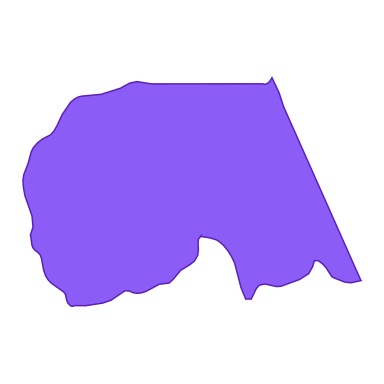 SVG path tracing the border of Debub
{"feature_id": "ERI-1564", "entity_name": "Debub", "entity_type": "Region", "adm_level": 1, "iso_a3": "ERI", "parent_name": "Eritrea", "parent_adm1": "", "projection": "equal_earth", "projection_center": [38.829, 14.796], "detail": "fine", "context": "isolated", "style": "filled", "palette": "violet", "viewbox_px": 384, "rotation_deg": 0, "n_neighbors": 0, "source": "natural_earth", "source_scale": "10m", "svg_char_len": 1302}
<svg xmlns="http://www.w3.org/2000/svg" viewBox="0 0 384 384"><path d="M72.7,306.3L70.8,306.0L68.0,303.3L66.8,300.6L65.3,294.1L63.5,291.8L51.5,283.3L48.0,279.7L45.4,275.3L43.6,270.0L41.5,258.5L40.1,254.7L37.7,252.3L35.1,250.4L33.0,247.8L31.9,244.9L30.8,236.6L30.4,235.2L33.0,226.9L32.0,215.9L24.9,195.6L23.4,187.0L23.0,180.0L23.8,174.6L28.1,163.5L31.3,151.6L33.4,147.6L37.5,142.9L42.4,139.0L50.8,134.7L53.8,131.2L57.1,125.6L62.1,114.7L70.6,102.2L74.7,98.9L78.0,97.1L81.3,96.2L101.2,94.3L120.5,88.2L129.7,83.1L136.8,81.6L151.7,83.9L262.6,83.8L265.0,84.4L267.8,83.1L269.6,81.6L272.0,77.7L279.1,92.8L283.7,106.9L348.5,252.6L360.9,280.5L361.0,280.6L350.8,282.8L344.8,282.1L333.3,277.6L332.0,276.7L330.7,275.0L326.1,267.7L322.7,264.0L318.3,260.7L314.4,260.7L312.6,266.7L308.7,273.7L299.5,279.5L281.2,286.2L276.9,286.6L264.8,284.0L259.2,285.2L256.2,288.8L251.3,299.0L245.7,299.1L241.1,287.9L234.6,263.0L231.5,256.5L227.6,250.3L223.1,244.9L218.2,240.9L216.0,239.7L209.6,237.8L201.6,236.6L201.3,235.6L198.4,239.3L198.1,244.3L198.4,249.9L197.7,255.4L194.6,260.9L190.0,264.6L180.7,270.3L173.3,279.2L169.2,283.0L159.2,284.3L145.8,291.5L141.6,292.8L137.4,293.3L133.4,292.8L129.3,291.0L124.9,290.8L111.1,300.2L102.7,303.1L85.6,305.7L74.6,305.6L72.7,306.3Z" fill="#8b5cf6" stroke="#5b21b6" stroke-width="1.5"/></svg>